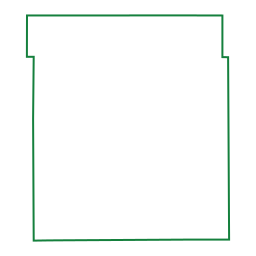 outline of Meade, Kansas, United States of America
{"feature_id": "52423323B44892759262948", "entity_name": "Meade", "entity_type": "district", "adm_level": 2, "iso_a3": "USA", "parent_name": "United States of America", "parent_adm1": "Kansas", "projection": "equal_earth", "projection_center": [-100.394, 37.238], "detail": "fine", "context": "isolated", "style": "outline", "palette": "green", "viewbox_px": 256, "rotation_deg": 0, "n_neighbors": 0, "source": "geoboundaries", "source_scale": "gbopen_adm2", "svg_char_len": 360}
<svg xmlns="http://www.w3.org/2000/svg" viewBox="0 0 256 256"><path d="M26.9,56.8L33.7,56.8L33.1,118.7L33.7,240.6L34.9,240.6L48.7,240.4L48.8,240.4L62.6,240.3L63.0,240.3L188.8,239.6L191.6,239.6L192.1,239.6L193.9,239.6L219.7,239.6L229.1,239.6L228.1,57.2L222.4,57.1L222.4,15.5L183.4,15.4L27.0,15.5L26.9,56.8Z" fill="none" stroke="#15803d" stroke-width="2"/></svg>